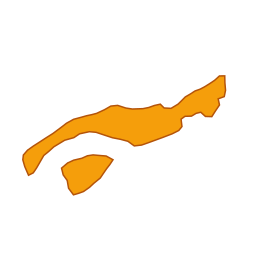 outline of Cabedelo, Paraíba, Brazil, rotated 241°
{"feature_id": "56859067B69424996803869", "entity_name": "Cabedelo", "entity_type": "district", "adm_level": 2, "iso_a3": "BRA", "parent_name": "Brazil", "parent_adm1": "Paraíba", "projection": "mercator", "projection_center": [-34.848, -7.032], "detail": "fine", "context": "isolated", "style": "filled", "palette": "amber", "viewbox_px": 256, "rotation_deg": 241, "n_neighbors": 0, "source": "geoboundaries", "source_scale": "gbopen_adm2", "svg_char_len": 1258}
<svg xmlns="http://www.w3.org/2000/svg" viewBox="0 0 256 256"><g transform="rotate(241 128 128)"><path d="M103.1,175.9L110.0,178.7L110.6,183.5L107.6,189.3L107.8,194.7L106.5,199.3L100.6,201.3L97.3,206.8L100.6,212.9L103.8,219.2L109.8,221.0L108.8,227.4L113.7,231.6L120.6,234.7L126.7,237.9L129.2,233.2L127.7,226.8L127.2,220.8L126.9,214.7L127.0,209.9L127.9,204.6L127.5,198.8L127.4,193.2L125.9,188.1L124.6,183.3L124.3,175.2L128.0,169.3L133.2,167.8L134.9,162.0L135.9,156.0L137.7,150.4L142.5,141.0L146.5,135.8L152.8,129.9L155.5,123.6L155.4,116.3L156.0,107.7L157.3,102.6L158.8,97.7L159.9,93.0L162.0,84.6L162.0,76.5L161.0,70.1L159.6,59.8L159.1,51.2L158.6,44.4L158.1,36.6L157.3,29.4L155.1,23.4L151.2,20.6L144.3,19.0L134.9,18.1L134.7,23.4L137.4,28.7L144.8,41.0L146.0,47.6L147.5,54.0L148.0,66.7L145.8,76.0L146.4,82.8L143.5,92.4L139.7,98.0L132.5,104.6L127.0,109.7L121.7,116.0L116.4,121.5L109.3,124.8L106.5,131.6L105.3,138.5L103.0,153.2L101.5,163.8L101.2,171.2L103.1,175.9ZM104.1,46.8L96.0,47.9L94.8,53.2L94.0,58.3L94.8,65.7L96.2,71.2L97.7,79.5L99.8,83.6L102.8,89.6L104.9,94.5L107.5,99.5L114.1,95.3L118.1,89.3L121.4,84.4L123.4,79.0L123.9,73.0L126.2,64.9L126.7,58.3L125.1,50.4L118.4,48.6L111.6,49.4L104.1,46.8Z" fill="#f59e0b" stroke="#b45309" stroke-width="1.5"/></g></svg>